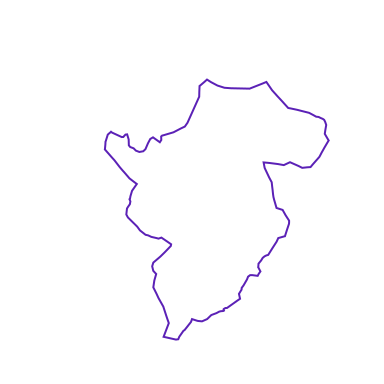 outline of Al Manar, Dhamar, Yemen, rotated 305°
{"feature_id": "15242507B33672169591195", "entity_name": "Al Manar", "entity_type": "district", "adm_level": 2, "iso_a3": "YEM", "parent_name": "Yemen", "parent_adm1": "Dhamar", "projection": "robinson", "projection_center": [44.125, 14.653], "detail": "fine", "context": "isolated", "style": "outline", "palette": "violet", "viewbox_px": 384, "rotation_deg": 305, "n_neighbors": 0, "source": "geoboundaries", "source_scale": "gbopen_adm2", "svg_char_len": 2866}
<svg xmlns="http://www.w3.org/2000/svg" viewBox="0 0 384 384"><g transform="rotate(305 192 192)"><path d="M324.8,189.8L322.0,188.0L321.8,187.9L309.7,179.9L299.4,164.5L296.0,158.8L293.8,151.8L292.9,144.5L292.7,139.8L290.1,139.2L289.6,139.1L283.1,137.4L283.0,137.5L278.3,140.5L274.1,143.3L273.9,143.3L246.1,148.6L243.1,148.6L241.5,148.6L237.8,146.5L230.3,142.6L222.0,136.0L221.1,135.2L219.8,134.9L217.0,137.0L214.3,137.1L214.4,128.7L211.5,127.4L206.6,128.0L200.4,129.3L197.4,128.7L197.1,128.4L195.0,126.3L194.6,125.9L194.4,125.1L193.7,122.3L194.3,119.1L193.4,115.6L194.0,113.5L198.7,110.0L202.0,105.8L200.9,104.6L199.0,104.3L197.7,104.2L196.7,102.9L194.8,92.4L194.9,91.1L194.3,91.0L193.9,90.9L192.4,90.5L190.7,90.1L184.1,92.2L183.6,92.3L181.2,93.8L177.7,95.8L176.9,96.2L174.4,106.4L173.5,110.3L171.0,118.3L170.6,119.8L169.7,123.3L169.4,124.7L167.7,131.4L167.3,132.9L167.1,136.9L166.9,142.2L165.3,142.2L158.6,142.2L157.7,142.5L153.2,144.0L150.6,145.2L150.2,145.0L149.0,146.9L146.4,148.1L143.4,148.1L141.2,148.2L135.9,151.1L135.6,151.7L134.4,154.1L132.2,167.0L130.7,171.4L130.3,178.5L131.3,180.9L131.9,184.4L134.0,189.6L134.6,191.3L137.1,193.1L137.2,201.2L137.2,201.5L137.2,203.2L137.2,204.9L135.6,205.6L126.7,204.2L120.9,203.1L112.0,200.8L108.3,202.0L105.2,205.5L104.3,209.7L97.9,211.9L91.7,215.0L88.3,221.3L85.9,225.4L82.3,232.9L81.7,234.2L81.3,234.7L75.5,242.4L73.6,245.0L71.3,248.2L57.1,251.8L61.9,263.5L63.5,265.2L66.1,264.6L69.8,264.6L72.3,264.6L73.5,264.6L74.5,265.1L85.0,265.7L87.9,264.9L89.4,269.8L89.8,270.9L91.8,274.4L96.1,277.0L96.6,277.3L102.3,278.4L106.8,281.5L109.6,282.9L110.9,284.0L112.4,285.8L113.2,286.2L113.9,285.2L114.3,285.1L116.1,285.9L117.1,287.2L128.1,291.1L132.1,292.6L134.4,290.1L135.5,288.9L138.4,288.7L140.4,288.6L142.0,287.7L145.0,287.8L151.9,287.2L154.8,286.5L157.2,287.3L158.5,289.1L161.0,293.9L163.2,293.6L165.8,293.6L166.2,293.6L168.4,289.3L168.6,289.3L171.4,287.6L174.6,287.8L175.3,287.9L178.6,287.7L180.8,288.3L182.0,288.9L182.7,289.3L184.2,290.5L192.0,290.1L199.8,289.8L203.8,289.1L204.6,289.8L208.9,293.3L209.1,293.5L215.5,291.5L221.6,289.7L222.9,288.9L223.2,288.7L224.2,288.0L226.7,281.9L229.3,276.5L227.4,270.4L232.7,263.8L234.6,261.6L236.3,260.0L236.4,259.9L238.8,257.8L239.4,257.3L242.5,254.5L245.7,251.7L248.2,246.8L253.4,237.7L257.3,233.7L260.1,238.6L264.2,246.4L266.7,251.8L269.7,253.5L272.6,255.2L274.4,264.3L275.0,268.4L275.6,269.1L278.3,272.2L280.4,274.8L283.9,275.1L293.8,276.2L294.8,276.1L298.6,275.6L302.7,275.2L303.4,275.1L309.7,274.6L312.6,274.4L312.7,274.1L314.3,270.6L315.8,267.4L319.4,265.6L323.9,263.5L325.8,260.9L326.9,258.9L326.9,257.2L326.4,254.9L326.1,252.7L324.9,250.5L324.6,247.3L324.0,242.5L320.5,233.3L319.8,231.4L319.7,231.2L319.6,230.9L317.0,224.8L316.5,223.7L316.0,222.6L316.8,219.1L318.3,212.5L319.5,206.9L321.3,199.2L323.1,194.4L324.8,189.8Z" fill="none" stroke="#5b21b6" stroke-width="2"/></g></svg>